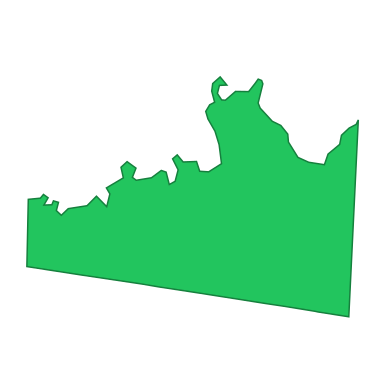 Sumter, Alabama, United States of America (orthographic projection), rotated 273°
{"feature_id": "52423323B29714418212359", "entity_name": "Sumter", "entity_type": "district", "adm_level": 2, "iso_a3": "USA", "parent_name": "United States of America", "parent_adm1": "Alabama", "projection": "orthographic", "projection_center": [-88.095, 32.652], "detail": "fine", "context": "isolated", "style": "filled", "palette": "green", "viewbox_px": 384, "rotation_deg": 273, "n_neighbors": 0, "source": "geoboundaries", "source_scale": "gbopen_adm2", "svg_char_len": 1152}
<svg xmlns="http://www.w3.org/2000/svg" viewBox="0 0 384 384"><g transform="rotate(273 192 192)"><path d="M105.9,60.5L103.3,86.1L97.5,146.7L95.5,163.7L91.5,204.0L89.1,227.2L84.5,271.2L82.9,288.0L80.3,312.1L79.3,321.2L78.8,324.1L75.6,355.1L272.7,354.3L268.1,352.4L264.1,345.6L256.5,338.3L247.3,337.0L237.0,325.9L226.2,322.8L227.8,307.0L232.1,296.0L246.9,285.7L254.8,284.6L263.1,277.2L266.8,268.5L279.3,255.7L284.3,253.4L303.7,257.1L307.0,255.7L308.2,252.2L303.4,249.1L295.2,243.3L294.7,230.2L285.4,220.5L285.5,216.8L291.7,212.2L299.9,213.8L300.6,221.2L308.4,214.1L301.4,207.0L293.8,206.4L282.8,209.9L280.0,205.1L273.2,201.5L265.8,204.1L253.9,211.8L240.7,216.6L221.8,220.0L213.0,207.6L213.1,198.6L222.7,194.9L221.5,181.6L228.3,175.3L224.1,170.9L213.4,177.0L201.8,174.6L198.3,168.9L210.5,165.1L211.9,160.2L204.1,150.8L200.8,135.7L203.5,131.7L212.9,134.8L218.9,125.6L213.0,119.8L202.5,122.7L191.6,106.3L185.8,110.1L172.9,107.6L182.8,96.8L172.8,87.9L168.9,69.3L161.9,62.7L166.3,57.5L174.7,59.2L175.9,54.1L171.9,52.7L171.2,44.8L178.7,48.6L181.8,43.8L177.9,40.9L176.1,28.9L108.9,31.0L105.9,60.5Z" fill="#22c55e" stroke="#15803d" stroke-width="1.5"/></g></svg>